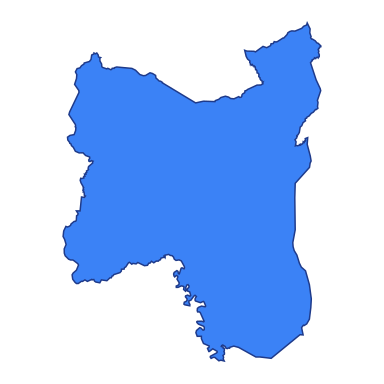 Nam Phong, Khon Kaen, Thailand
{"feature_id": "78962969B93047350456374", "entity_name": "Nam Phong", "entity_type": "district", "adm_level": 2, "iso_a3": "THA", "parent_name": "Thailand", "parent_adm1": "Khon Kaen", "projection": "natural_earth1", "projection_center": [102.881, 16.697], "detail": "fine", "context": "isolated", "style": "filled", "palette": "blue", "viewbox_px": 384, "rotation_deg": 0, "n_neighbors": 0, "source": "geoboundaries", "source_scale": "gbopen_adm2", "svg_char_len": 5857}
<svg xmlns="http://www.w3.org/2000/svg" viewBox="0 0 384 384"><path d="M77.1,68.6L75.4,71.9L76.8,74.6L76.5,78.5L74.6,84.4L78.8,90.5L79.0,92.4L69.6,112.0L68.9,114.6L75.4,124.6L75.6,126.2L75.2,126.8L75.9,127.6L75.6,130.6L74.1,134.6L70.0,135.4L67.5,137.2L67.8,140.0L69.6,142.4L69.8,143.3L71.1,144.1L71.4,145.6L73.3,147.3L75.4,151.3L79.1,152.9L83.0,152.8L85.6,155.5L89.6,157.0L89.8,158.2L88.7,160.0L89.0,161.3L90.0,161.6L91.4,160.6L93.0,161.2L92.4,161.8L92.7,163.0L88.6,166.5L88.1,168.3L88.5,169.6L86.5,171.0L86.7,172.5L85.7,172.9L85.9,174.2L84.5,174.1L84.8,175.0L84.4,175.8L84.8,176.3L83.6,176.8L83.8,178.0L81.6,178.5L80.7,178.3L80.2,180.3L81.0,182.8L83.6,187.5L83.2,187.8L83.5,189.2L83.2,189.1L82.9,190.5L83.6,191.2L83.3,191.9L83.8,191.9L84.2,193.0L84.4,195.6L85.4,196.0L84.4,197.4L81.5,197.0L80.1,210.9L76.4,210.9L78.1,213.6L77.7,215.0L76.6,215.7L76.3,220.3L75.6,221.3L74.2,221.4L71.0,224.0L70.6,225.3L69.3,226.3L67.4,227.0L65.9,226.4L63.7,231.0L63.1,236.5L64.6,239.4L66.1,244.5L64.2,248.9L64.3,253.2L65.2,255.8L68.6,259.2L70.7,260.0L72.8,260.0L74.1,260.8L77.8,263.7L78.5,265.1L76.4,270.2L73.2,273.0L72.1,274.8L72.7,279.2L75.0,282.3L76.4,283.5L78.3,283.5L81.4,281.3L82.6,281.4L84.9,279.9L87.4,281.4L91.8,279.4L92.1,279.9L93.8,279.5L94.5,281.1L95.7,282.0L99.8,282.8L101.4,279.9L106.9,280.7L110.0,277.8L111.3,277.8L112.1,276.0L112.9,275.9L113.8,274.6L120.0,272.6L121.3,271.1L121.5,269.2L124.1,269.1L124.5,267.6L125.8,266.9L128.4,262.9L129.4,262.3L131.8,264.2L132.9,263.4L136.1,263.9L137.8,262.5L144.5,265.7L147.5,265.3L148.7,263.2L150.0,263.1L151.5,261.3L153.8,262.8L156.2,261.1L158.4,261.1L159.5,259.9L160.4,259.8L161.0,258.1L163.7,257.4L163.9,256.8L164.6,257.4L164.3,256.3L165.1,256.7L165.0,255.2L168.7,254.4L170.2,255.4L172.2,255.7L173.5,257.1L174.3,259.2L176.0,260.4L179.1,259.9L181.3,260.9L184.4,266.7L184.5,268.0L184.0,268.8L182.0,267.8L181.1,268.3L179.3,273.9L178.4,273.7L178.0,271.4L176.9,270.6L174.2,272.4L173.6,274.0L174.0,276.0L174.7,276.9L176.3,275.5L177.7,276.2L177.8,277.1L177.0,279.1L179.2,282.8L178.8,284.8L176.2,286.1L176.3,287.4L178.0,287.4L181.3,285.9L183.3,286.3L184.0,287.0L183.6,289.5L185.6,291.3L186.2,290.6L185.7,287.7L186.9,285.0L188.0,284.6L189.0,286.0L189.0,287.0L187.4,288.9L187.3,290.3L187.7,291.1L189.7,291.9L190.7,295.4L189.9,296.2L187.6,295.1L185.6,295.9L185.4,296.8L187.0,298.8L187.0,300.3L186.1,301.4L184.3,302.2L183.9,304.1L184.8,304.8L189.8,305.8L189.9,304.5L188.9,302.5L188.9,300.9L190.9,300.2L193.8,296.2L195.0,295.3L196.4,296.5L195.2,298.4L195.0,300.0L195.5,301.0L200.5,302.7L203.3,301.4L204.1,302.1L205.5,305.5L205.6,306.3L205.1,306.8L201.5,306.1L198.6,307.3L197.4,308.4L197.2,310.6L197.6,311.9L199.3,311.9L200.2,312.5L204.1,321.2L203.7,321.8L201.7,321.2L197.3,321.3L196.8,321.7L196.9,322.5L198.4,324.1L203.7,326.3L204.3,327.5L204.2,329.7L203.1,330.2L200.7,327.9L199.7,327.7L196.5,330.5L195.9,332.7L197.2,336.3L201.4,336.3L201.4,338.7L203.5,343.5L209.2,346.0L209.0,347.3L207.5,348.3L208.8,351.5L209.3,351.5L212.8,348.8L217.1,351.3L217.2,352.1L216.5,353.0L210.5,356.2L210.2,357.0L211.1,358.4L213.1,357.4L214.8,357.4L218.9,360.8L220.9,360.2L224.2,361.0L223.2,358.9L223.6,357.3L223.0,355.4L224.4,354.3L224.5,352.9L223.9,351.4L224.3,351.0L224.4,348.9L224.0,348.2L223.3,348.3L223.0,347.0L221.3,346.5L221.6,345.6L222.8,345.0L225.2,346.5L226.1,348.3L227.3,348.6L228.4,348.0L229.6,348.2L229.9,347.3L233.8,346.1L238.6,347.4L255.9,357.0L260.0,357.0L271.2,358.3L300.0,334.7L303.1,334.9L301.6,327.6L303.4,325.2L304.2,325.5L306.7,323.9L309.4,319.2L310.8,307.6L311.3,298.9L309.4,284.7L305.5,270.8L301.3,267.1L299.4,263.2L296.9,255.1L294.2,250.6L293.1,246.7L292.8,242.6L295.2,229.8L294.8,197.7L295.2,183.3L309.5,167.4L310.1,163.2L311.1,161.0L310.3,156.1L307.2,144.4L307.7,137.6L305.2,138.6L305.5,140.5L305.2,141.1L304.6,141.0L304.2,142.4L303.2,141.7L302.9,143.4L301.8,144.3L300.9,144.0L300.6,145.1L299.5,144.6L299.4,145.3L297.3,145.8L296.4,145.4L295.4,145.8L296.1,141.9L295.0,139.7L296.8,137.8L296.8,136.6L297.2,136.4L296.9,135.5L297.9,134.9L299.3,132.5L300.2,127.1L301.8,125.7L303.0,122.7L305.5,120.8L305.1,119.9L305.4,118.5L306.6,118.2L307.0,117.1L309.1,116.0L311.2,113.4L313.4,112.1L315.5,109.5L316.2,109.6L317.9,108.3L317.5,106.6L318.0,102.5L317.4,100.4L320.7,90.7L320.2,88.6L316.1,79.8L310.5,62.7L312.3,60.6L312.0,60.1L314.4,58.6L314.5,57.9L315.7,58.6L316.2,57.7L317.3,57.2L318.1,57.9L318.2,57.3L319.2,56.8L319.3,54.9L318.4,52.5L318.9,51.2L318.2,49.7L318.6,49.4L318.6,48.4L319.4,48.1L320.1,46.7L320.8,46.7L320.9,46.0L318.2,43.3L316.9,42.9L315.2,40.8L312.3,39.0L311.6,39.1L310.6,37.7L311.1,36.6L309.8,32.9L310.1,28.9L307.2,23.0L306.6,25.0L303.6,26.3L301.8,28.3L295.0,31.1L291.8,30.9L289.8,31.5L287.9,32.7L287.1,34.5L283.7,38.1L283.0,38.0L277.4,41.6L276.0,42.0L274.2,41.6L273.3,43.5L271.0,43.8L270.6,45.6L266.7,47.7L263.0,46.4L255.5,51.9L254.0,51.3L246.9,51.1L244.7,50.3L246.2,56.5L247.6,59.1L249.9,61.0L249.7,62.4L250.5,63.8L250.4,64.7L251.4,64.7L251.4,65.1L252.3,64.5L253.1,65.9L254.0,65.9L254.2,66.7L254.7,66.4L255.2,66.9L255.6,69.7L256.3,69.7L256.9,70.6L257.1,72.9L258.0,73.1L258.9,74.2L258.8,76.6L260.1,77.9L260.0,78.8L260.9,80.2L261.9,80.7L262.4,82.7L262.9,82.4L262.5,83.3L262.9,83.8L260.8,85.0L257.0,85.1L247.5,89.5L246.4,90.5L245.0,90.8L244.7,92.7L242.7,93.9L242.0,94.8L241.7,96.6L240.9,97.3L239.6,97.4L238.8,96.6L234.0,98.8L230.6,98.5L228.6,97.1L225.4,96.2L220.9,97.5L218.8,99.3L215.3,100.6L215.0,101.6L203.5,101.2L195.6,102.9L162.3,82.8L162.4,82.4L160.6,81.2L159.3,81.1L155.9,77.9L155.6,75.4L152.5,73.5L150.0,72.8L145.5,75.5L143.3,75.7L139.8,74.5L135.5,70.2L131.9,68.4L116.7,67.0L114.4,67.7L114.2,68.3L112.2,68.3L111.6,69.4L110.8,69.7L107.8,68.3L106.8,68.9L102.5,67.4L101.8,66.6L101.6,64.0L100.0,61.1L99.8,58.3L100.6,57.6L98.5,57.0L98.2,55.0L96.8,53.0L95.5,53.8L94.0,53.0L93.9,53.9L91.7,55.0L91.0,59.5L89.4,61.5L84.2,63.0L83.9,64.1L81.5,65.7L79.9,67.9L77.1,68.6Z" fill="#3b82f6" stroke="#1e3a8a" stroke-width="1.5"/></svg>